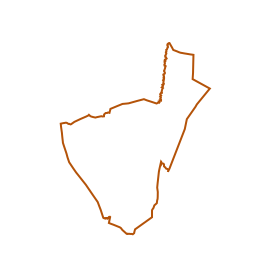 Santa Catarina Tayata, Oaxaca, Mexico (Albers equal-area conic projection), rotated 27°
{"feature_id": "50627088B92542152124342", "entity_name": "Santa Catarina Tayata", "entity_type": "district", "adm_level": 2, "iso_a3": "MEX", "parent_name": "Mexico", "parent_adm1": "Oaxaca", "projection": "albers", "projection_center": [-97.553, 17.341], "detail": "fine", "context": "isolated", "style": "outline", "palette": "amber", "viewbox_px": 256, "rotation_deg": 27, "n_neighbors": 0, "source": "geoboundaries", "source_scale": "gbopen_adm2", "svg_char_len": 3422}
<svg xmlns="http://www.w3.org/2000/svg" viewBox="0 0 256 256"><g transform="rotate(27 128 128)"><path d="M183.0,55.7L163.4,55.1L160.9,49.3L153.1,33.1L151.6,33.6L150.2,34.1L147.0,35.1L143.9,36.1L143.2,36.3L142.5,36.5L140.6,37.1L138.4,37.4L137.5,37.4L136.6,37.5L134.7,37.7L132.9,37.9L130.7,36.3L128.4,34.8L126.7,33.7L126.4,33.5L125.8,33.9L125.6,34.3L125.2,35.1L125.2,35.4L125.6,35.4L125.7,35.7L125.6,36.0L125.7,36.8L125.9,36.9L126.2,36.9L126.5,37.2L126.9,37.8L126.9,38.3L126.7,38.8L126.8,39.2L127.0,40.0L126.9,40.5L126.6,41.1L127.0,41.6L127.3,41.9L127.4,42.1L127.3,42.4L127.3,43.3L128.2,43.9L128.4,44.4L128.2,45.0L128.5,45.6L128.3,46.7L128.7,47.4L128.9,47.3L129.2,47.7L129.9,47.8L130.5,48.4L130.9,48.6L130.8,48.9L130.6,49.2L129.8,50.4L130.0,51.2L130.9,51.2L131.0,51.6L130.4,52.2L130.8,52.9L131.5,53.5L131.7,54.2L131.6,55.0L132.2,55.8L133.1,55.6L133.4,55.7L133.6,56.2L133.5,56.9L133.9,58.0L134.0,58.8L134.0,59.0L134.2,60.0L134.1,60.5L134.3,60.9L134.6,60.9L134.8,61.3L135.7,61.9L136.0,62.4L136.0,63.0L135.6,63.6L135.2,64.2L135.3,64.6L135.7,64.6L136.6,65.6L136.7,65.8L136.6,66.5L137.2,66.6L137.5,67.3L137.4,68.2L137.9,68.2L138.0,68.8L137.8,69.7L138.4,69.8L138.7,71.1L139.0,71.7L139.6,72.0L139.9,72.3L139.9,73.2L139.2,73.3L138.9,74.0L139.6,74.4L140.1,74.8L140.2,75.3L139.8,75.9L139.7,76.4L140.5,76.3L141.0,76.5L140.8,77.1L140.9,77.6L141.0,78.6L141.1,78.8L141.2,79.2L141.3,80.0L142.1,80.9L142.2,81.3L141.8,81.4L141.5,81.6L141.3,83.2L141.5,83.6L142.3,83.7L142.6,83.9L142.5,84.0L142.4,85.5L143.2,85.5L143.4,85.7L143.6,86.7L143.7,86.9L143.5,87.3L144.0,87.7L144.6,87.8L145.0,88.6L143.6,89.1L143.9,89.8L144.4,90.6L144.3,91.2L143.5,91.1L143.7,91.6L143.0,92.2L142.6,92.9L142.3,93.2L136.5,94.1L132.2,94.8L129.1,95.1L126.4,97.5L123.8,99.8L117.4,105.7L115.9,106.7L112.1,109.1L111.1,110.3L108.4,113.4L103.8,118.8L103.7,118.9L104.6,122.9L103.2,123.2L102.7,124.0L101.4,124.7L100.7,126.2L100.6,126.9L101.3,128.5L100.1,129.3L98.9,129.6L95.3,132.5L94.2,133.5L91.9,134.1L91.4,134.2L89.9,134.5L89.0,134.5L87.2,134.0L87.0,134.8L85.5,136.8L81.7,141.4L77.5,146.8L75.8,150.0L75.7,150.3L75.1,150.9L73.7,151.0L73.1,151.4L71.4,151.2L70.4,151.4L69.9,151.7L68.8,152.6L68.3,152.9L66.1,154.7L68.0,157.6L71.3,162.3L73.0,165.0L74.3,167.0L76.3,170.0L76.7,170.7L77.9,171.9L79.0,173.0L84.8,178.7L87.6,181.8L90.6,184.7L91.1,185.2L97.7,188.9L102.0,191.2L104.0,192.1L111.6,195.6L116.2,197.7L126.6,203.4L134.6,207.7L138.0,210.8L140.8,213.3L146.7,219.2L147.3,219.3L149.6,218.0L149.6,218.5L150.2,218.0L150.9,218.1L151.7,216.5L151.5,215.8L152.2,215.3L152.5,215.4L152.7,216.2L154.1,221.3L156.4,221.1L158.8,220.8L165.8,220.2L167.2,220.4L169.2,221.4L174.1,222.7L174.8,222.9L175.2,222.5L175.8,222.6L176.1,222.4L176.8,221.8L178.1,221.4L179.4,220.7L180.5,220.5L181.2,218.9L180.8,217.5L180.3,215.1L189.9,196.6L186.8,190.5L186.7,189.7L187.0,187.7L186.6,185.0L187.8,181.9L186.8,179.1L186.6,177.9L185.8,176.0L183.6,171.5L181.1,167.9L180.5,166.4L179.6,164.1L176.3,155.4L175.4,153.0L174.9,151.3L174.3,149.0L173.0,143.9L174.0,144.8L173.9,144.0L174.1,144.2L174.4,144.1L174.9,143.9L175.1,143.9L175.5,143.8L175.9,143.7L176.2,143.9L176.6,144.2L176.9,144.5L177.1,145.0L177.3,145.5L177.5,145.8L177.8,145.9L178.4,146.1L179.1,146.1L179.6,146.4L179.9,146.7L180.3,146.8L180.6,146.9L181.1,146.8L181.8,146.6L183.0,146.9L183.3,147.9L183.2,148.3L183.5,148.9L183.4,147.4L183.4,145.5L179.1,103.2L176.4,93.4L178.5,78.4L178.6,75.8L183.0,55.7Z" fill="none" stroke="#b45309" stroke-width="2"/></g></svg>